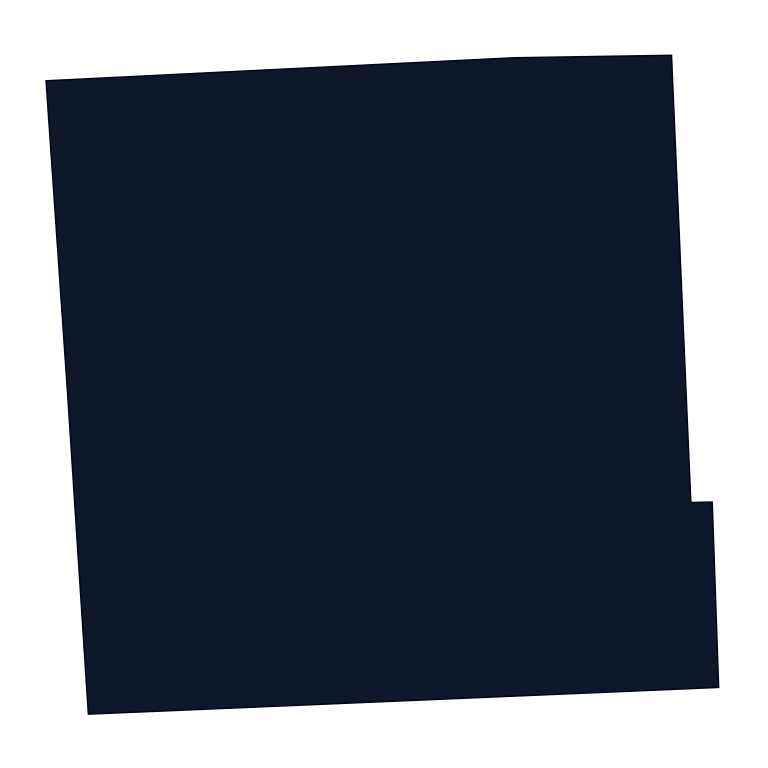 Daviess, Missouri, United States of America (orthographic projection), rotated 177°
{"feature_id": "52423323B47174682011417", "entity_name": "Daviess", "entity_type": "district", "adm_level": 2, "iso_a3": "USA", "parent_name": "United States of America", "parent_adm1": "Missouri", "projection": "orthographic", "projection_center": [-94.049, 39.961], "detail": "fine", "context": "isolated", "style": "filled", "palette": "ink", "viewbox_px": 768, "rotation_deg": 177, "n_neighbors": 0, "source": "geoboundaries", "source_scale": "gbopen_adm2", "svg_char_len": 271}
<svg xmlns="http://www.w3.org/2000/svg" viewBox="0 0 768 768"><g transform="rotate(177 384 384)"><path d="M65.7,63.5L62.4,248.9L83.8,249.6L79.7,697.2L237.5,703.0L705.6,704.5L700.4,385.8L696.5,69.8L65.7,63.5Z" fill="#0f172a" stroke="#020617" stroke-width="1.5"/></g></svg>